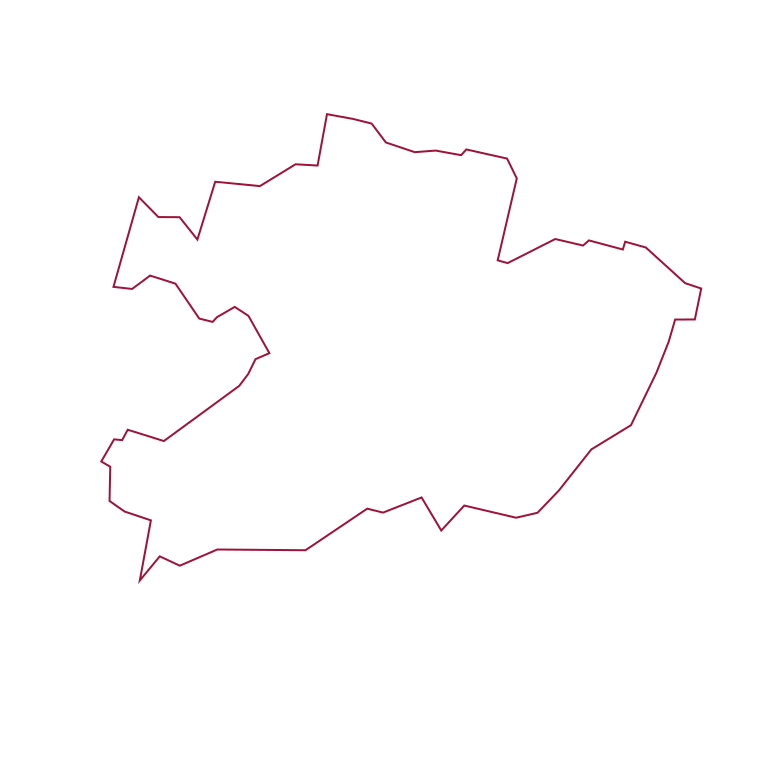 the district of Berat, Berat, Albania, rotated 284°
{"feature_id": "67620474B3220488890929", "entity_name": "Berat", "entity_type": "district", "adm_level": 2, "iso_a3": "ALB", "parent_name": "Albania", "parent_adm1": "Berat", "projection": "equal_earth", "projection_center": [19.979, 40.671], "detail": "fine", "context": "isolated", "style": "outline", "palette": "rose", "viewbox_px": 768, "rotation_deg": 284, "n_neighbors": 0, "source": "geoboundaries", "source_scale": "gbopen_adm2", "svg_char_len": 1004}
<svg xmlns="http://www.w3.org/2000/svg" viewBox="0 0 768 768"><g transform="rotate(284 384 384)"><path d="M412.8,98.0L415.3,116.6L432.6,130.8L430.9,157.4L402.8,188.9L402.8,202.7L408.5,205.8L422.7,220.5L417.3,236.0L386.2,265.3L377.0,253.3L360.8,249.8L347.2,244.0L275.4,184.2L277.6,146.4L266.2,143.5L265.0,135.5L240.4,128.4L237.5,138.4L204.1,146.0L197.5,163.2L195.3,190.8L134.3,194.6L162.5,208.1L158.3,229.8L183.1,262.3L203.7,348.0L259.0,397.9L259.0,414.2L283.0,447.9L255.7,475.0L285.5,491.3L286.2,544.5L296.2,564.1L322.7,579.3L370.7,601.0L403.8,633.6L460.9,645.6L494.0,650.0L517.0,650.9L521.8,670.0L553.4,668.7L554.7,651.8L579.8,605.0L580.4,583.6L572.3,583.2L572.9,548.1L566.5,543.6L566.1,515.1L531.2,474.7L531.5,464.4L615.6,463.1L632.5,448.9L631.5,407.1L624.7,403.5L623.0,377.7L616.4,357.8L618.8,327.4L633.7,309.0L633.7,289.5L632.0,263.4L579.9,266.7L575.8,245.0L546.0,215.7L539.4,171.3L479.0,168.0L496.4,145.3L491.4,124.7L505.9,101.0L412.8,98.0Z" fill="none" stroke="#9f1239" stroke-width="2"/></g></svg>